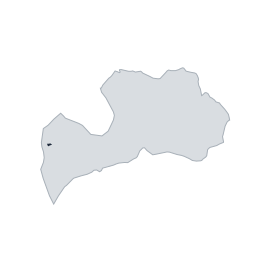 Piltene, Ventspils, Latvia shown in context, rotated 338°
{"feature_id": "27541924B10340241308043", "entity_name": "Piltene", "entity_type": "district", "adm_level": 2, "iso_a3": "LVA", "parent_name": "Latvia", "parent_adm1": "Ventspils", "projection": "orthographic", "projection_center": [21.685, 57.226], "detail": "fine", "context": "in_parent", "style": "filled", "palette": "slate", "viewbox_px": 256, "rotation_deg": 338, "n_neighbors": 0, "source": "geoboundaries", "source_scale": "gbopen_adm2", "svg_char_len": 2179}
<svg xmlns="http://www.w3.org/2000/svg" viewBox="0 0 256 256"><g transform="rotate(338 128 128)"><path d="M184.4,185.7L183.0,185.6L179.0,184.3L175.5,182.2L173.3,179.3L169.6,175.4L167.3,173.4L163.6,171.0L157.4,165.9L155.2,164.8L144.7,162.9L140.9,162.1L137.2,156.1L135.9,152.5L134.2,152.0L132.4,152.8L130.4,153.6L125.9,158.0L124.4,158.7L121.5,158.8L114.8,160.0L111.7,158.6L106.3,157.1L103.4,156.9L100.8,157.0L89.4,155.7L87.4,157.5L85.3,157.9L83.2,155.2L80.6,154.4L77.9,155.4L72.8,155.6L66.7,154.8L59.1,154.2L57.9,154.5L49.4,158.2L47.3,158.7L38.0,164.9L30.6,170.7L29.8,161.4L30.5,142.8L31.6,133.6L36.7,128.2L39.2,124.1L40.7,118.5L41.1,113.3L42.2,109.1L49.3,96.8L55.0,95.5L62.6,92.0L71.1,89.1L72.7,92.7L73.6,95.4L84.1,105.3L86.8,108.6L91.1,120.0L100.9,125.6L108.4,123.5L111.6,120.6L117.5,115.1L120.1,111.2L120.5,107.5L118.8,91.8L116.9,85.0L117.3,80.7L118.3,80.9L120.8,78.7L128.9,74.6L130.5,74.3L132.4,73.5L137.4,70.3L139.2,71.8L140.7,73.4L141.4,73.4L141.8,72.7L141.6,71.6L141.9,70.8L143.5,71.2L149.7,75.6L152.1,76.6L153.7,76.8L155.8,78.9L161.0,80.1L161.7,81.2L162.2,82.6L167.5,88.3L169.9,91.2L174.4,93.7L176.3,94.2L183.6,90.8L185.7,89.7L187.4,89.5L189.3,90.9L193.5,92.6L197.2,92.9L197.9,92.7L201.0,92.6L202.1,93.3L203.2,97.1L207.0,99.8L210.5,102.0L211.5,103.1L211.9,105.3L211.9,108.0L211.6,109.4L210.4,111.1L209.5,115.1L209.7,118.9L208.4,125.6L208.8,125.6L212.7,124.1L213.9,124.7L215.0,126.0L215.6,130.1L217.1,131.8L218.7,134.5L219.3,136.7L222.2,139.1L222.5,140.8L224.7,146.8L225.6,150.2L226.2,152.9L225.7,156.4L225.2,158.8L224.4,158.7L222.1,159.6L218.7,162.7L213.7,169.8L212.4,171.4L211.4,176.6L211.1,177.1L207.8,177.1L206.9,177.1L203.7,177.5L196.5,176.7L193.8,177.8L190.6,183.2L189.3,184.0L185.1,185.1L184.4,185.7Z" fill="#d9dde1" stroke="#a8b0b8" stroke-width="1"/><path d="M49.2,114.2L49.3,114.2L49.5,114.2L49.8,114.2L50.0,114.2L49.8,113.9L49.5,113.9L49.3,113.8L49.2,113.8L49.0,113.7L48.9,113.7L48.8,113.8L48.7,113.8L48.7,113.7L48.4,113.6L48.2,113.6L47.9,113.5L47.9,113.4L47.7,113.3L47.6,113.5L47.7,113.8L47.7,114.0L47.8,114.2L47.8,114.3L48.0,114.3L48.1,114.2L48.3,114.0L48.5,114.1L48.8,114.1L49.0,114.2L49.2,114.2Z" fill="#64748b" stroke="#1e293b" stroke-width="1.5"/></g></svg>